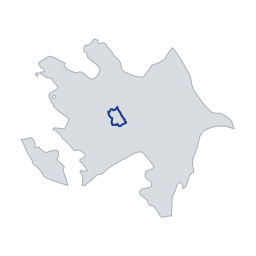 Barda District, Bərdə, Azerbaijan shown in context, rotated 5°
{"feature_id": "54616110B76249555634218", "entity_name": "Barda District", "entity_type": "district", "adm_level": 2, "iso_a3": "AZE", "parent_name": "Azerbaijan", "parent_adm1": "Bərdə", "projection": "orthographic", "projection_center": [47.218, 40.364], "detail": "fine", "context": "in_parent", "style": "outline", "palette": "blue", "viewbox_px": 256, "rotation_deg": 5, "n_neighbors": 0, "source": "geoboundaries", "source_scale": "gbopen_adm2", "svg_char_len": 4482}
<svg xmlns="http://www.w3.org/2000/svg" viewBox="0 0 256 256"><g transform="rotate(5 128 128)"><path d="M179.0,211.9L177.9,211.8L170.0,213.9L168.4,213.3L161.5,204.8L160.1,203.8L157.2,203.5L155.4,202.1L154.0,199.8L153.2,198.1L146.2,193.5L145.2,191.8L145.0,190.3L146.0,188.9L147.2,187.7L150.6,186.5L154.5,185.5L155.8,184.8L156.4,183.5L156.3,181.5L155.7,179.6L149.9,176.1L149.3,174.5L149.1,172.6L149.4,170.7L150.3,169.1L154.9,167.0L157.3,164.8L155.8,162.4L150.7,156.9L144.8,150.9L140.9,150.8L136.3,152.7L129.1,157.9L125.1,160.1L119.9,163.8L114.2,167.9L109.5,172.2L106.5,175.8L101.3,177.4L98.7,180.3L89.9,189.3L87.4,189.2L87.3,184.7L87.4,181.2L86.9,179.1L84.1,176.3L84.1,175.1L84.8,174.3L87.0,174.8L89.8,174.7L91.1,173.6L88.2,169.9L85.5,167.4L83.3,165.7L82.8,164.7L82.8,164.0L83.3,163.2L87.1,161.2L87.5,159.3L87.3,157.2L81.3,154.1L76.7,155.2L72.7,151.7L70.1,149.0L66.9,146.1L64.0,144.5L61.3,140.8L56.5,137.1L53.4,136.0L53.5,135.4L54.1,134.7L55.4,134.2L64.0,134.5L65.0,133.8L65.6,132.2L66.8,129.9L68.2,126.5L68.1,123.6L59.6,118.7L53.4,114.3L49.2,108.5L46.4,103.3L46.6,101.5L47.4,99.9L54.2,95.2L54.6,94.0L54.5,93.1L52.2,90.6L49.3,88.1L48.4,86.2L46.5,85.2L43.0,85.0L36.8,81.8L35.5,81.5L35.3,80.8L35.6,80.2L40.0,79.1L40.0,78.0L38.7,76.6L36.2,75.6L34.0,73.0L33.2,70.8L41.4,64.5L43.8,63.2L48.9,64.5L59.7,69.0L58.9,71.4L60.0,72.8L62.5,74.7L67.2,76.6L71.3,77.6L73.3,76.8L76.5,76.2L80.5,78.4L84.2,81.1L86.0,82.2L87.0,82.6L89.9,81.7L93.3,78.2L94.7,74.0L95.1,72.0L93.1,69.1L89.1,66.1L84.5,63.4L81.6,61.0L79.8,56.3L77.9,55.8L77.4,55.1L77.1,53.6L77.3,51.3L77.9,49.6L79.8,48.9L81.6,48.7L83.3,47.1L85.5,43.9L86.4,42.1L90.3,43.2L90.8,46.0L91.5,46.6L93.2,46.3L95.9,45.1L98.1,46.1L100.9,49.5L104.7,53.1L106.8,55.5L107.6,57.2L109.6,58.8L112.5,60.7L114.8,63.7L116.9,70.6L119.0,72.2L126.5,74.8L129.1,75.4L136.5,76.3L139.1,75.6L142.9,69.6L146.2,63.4L149.4,62.1L155.1,59.1L158.5,56.2L159.9,53.2L163.1,47.4L165.0,44.2L168.4,47.0L174.4,54.6L183.0,67.0L185.2,70.5L186.6,74.6L187.9,79.6L189.9,84.0L198.8,95.0L202.6,99.0L208.8,104.1L211.0,105.3L213.8,105.5L219.0,105.4L223.9,107.3L226.3,108.7L228.8,110.7L231.1,113.1L233.6,119.5L225.1,117.7L216.7,118.3L212.0,119.8L207.4,121.9L203.1,124.7L200.4,130.0L198.4,142.3L195.2,153.8L195.5,159.0L197.1,164.1L197.0,166.5L195.4,167.5L193.5,169.7L191.1,180.3L189.8,182.4L188.1,183.7L187.6,182.5L187.7,179.7L183.9,177.4L182.0,180.2L180.7,185.9L178.1,192.1L178.0,193.2L179.0,211.9ZM53.0,104.5L53.4,102.9L52.4,102.1L51.2,102.0L50.3,102.8L50.2,104.9L51.6,105.3L53.0,104.5ZM24.2,151.4L23.0,149.7L22.4,148.7L26.2,148.1L32.5,146.0L34.2,147.1L35.9,149.4L36.8,151.4L36.9,155.1L37.6,155.7L40.7,154.5L42.0,156.0L44.3,157.8L48.3,159.7L54.2,157.1L57.1,156.4L59.5,156.5L60.8,157.4L61.2,160.2L60.7,163.7L60.0,165.6L61.2,167.0L66.0,170.4L67.9,172.3L66.9,175.6L70.4,183.5L71.6,186.6L73.0,190.5L65.6,188.9L52.4,185.4L48.7,183.7L45.4,179.2L43.4,177.1L40.4,174.3L37.9,173.2L36.1,171.2L35.1,168.4L33.5,165.8L30.9,162.8L25.0,152.5L24.2,151.4ZM33.7,83.8L32.9,84.3L31.7,83.7L31.4,82.5L31.5,81.2L32.7,80.9L33.7,81.3L34.0,82.5L33.7,83.8Z" fill="#d9dde1" stroke="#a8b0b8" stroke-width="1"/><path d="M107.1,113.9L107.2,114.4L107.2,115.2L107.7,115.9L107.8,116.2L107.9,116.8L108.5,117.4L108.8,117.8L109.1,118.1L109.4,118.6L110.0,119.1L110.6,119.3L111.2,119.4L111.4,119.7L111.5,120.2L111.5,121.0L111.4,121.5L111.2,122.3L111.2,123.0L111.2,124.0L111.7,124.9L111.8,125.7L112.0,126.1L112.5,126.4L113.3,126.1L113.7,126.0L114.4,125.9L114.9,126.1L115.5,126.1L116.0,126.0L116.2,125.7L116.5,125.1L117.0,124.8L117.4,125.1L117.9,125.6L118.1,126.1L118.9,126.8L119.4,126.9L120.2,126.7L120.8,126.3L121.1,125.8L121.7,125.4L122.1,124.9L122.7,124.5L123.2,124.4L123.4,124.2L124.3,123.8L124.7,123.5L125.3,123.0L125.7,122.8L125.6,122.3L125.2,122.0L124.3,121.6L124.0,120.7L124.1,120.0L123.8,119.8L123.2,119.6L122.9,119.0L122.8,118.8L122.5,118.3L122.3,118.1L122.0,117.7L121.5,117.5L121.0,117.2L121.0,116.4L120.5,116.0L119.9,115.3L119.7,114.9L119.3,114.3L119.2,113.6L118.8,113.0L118.1,112.6L117.7,112.1L117.5,111.6L117.2,111.1L116.6,110.6L116.2,110.2L116.1,109.7L115.9,109.1L115.8,108.4L115.5,108.1L115.3,108.4L115.1,108.9L114.8,109.3L114.5,109.6L114.2,110.1L114.1,110.3L113.8,110.6L113.6,110.8L113.2,111.0L112.9,111.2L112.8,111.4L112.4,111.6L111.8,111.6L111.6,111.3L111.3,111.0L110.8,110.7L110.4,110.6L110.2,110.6L109.8,110.7L109.6,110.8L109.4,111.0L109.2,111.2L109.0,111.4L108.9,111.7L108.8,112.0L108.8,112.5L108.5,113.2L108.2,113.4L107.7,113.9L107.3,114.0L107.1,113.9Z" fill="none" stroke="#1e3a8a" stroke-width="2"/></g></svg>